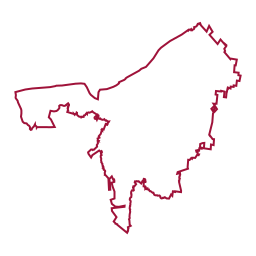 the district of Carmen, Campeche, Mexico
{"feature_id": "50627088B86783514296689", "entity_name": "Carmen", "entity_type": "district", "adm_level": 2, "iso_a3": "MEX", "parent_name": "Mexico", "parent_adm1": "Campeche", "projection": "equal_earth", "projection_center": [-91.727, 18.453], "detail": "fine", "context": "isolated", "style": "outline", "palette": "rose", "viewbox_px": 256, "rotation_deg": 0, "n_neighbors": 0, "source": "geoboundaries", "source_scale": "gbopen_adm2", "svg_char_len": 5865}
<svg xmlns="http://www.w3.org/2000/svg" viewBox="0 0 256 256"><path d="M236.8,59.6L230.8,58.6L230.4,59.2L224.4,52.1L225.1,51.0L224.3,48.8L226.3,46.1L226.4,45.2L224.9,43.9L224.8,44.5L220.5,39.5L217.6,44.0L209.5,34.8L212.6,31.8L209.1,25.9L206.6,31.6L201.0,25.4L200.2,23.4L199.6,23.8L199.6,23.2L197.8,23.8L196.8,25.9L196.4,26.4L194.1,27.2L194.4,28.0L194.2,28.6L193.8,29.2L193.0,29.4L192.2,30.3L191.2,30.3L191.0,29.2L190.3,29.7L189.3,29.6L188.4,30.5L188.2,30.0L181.7,34.6L170.1,41.0L161.0,47.7L158.5,50.3L153.4,58.4L146.0,66.9L141.3,68.8L139.1,70.7L127.1,77.3L125.7,78.3L125.4,79.0L124.2,79.9L119.2,82.1L118.9,82.3L118.9,83.3L119.0,82.6L119.1,83.0L118.7,83.6L116.4,85.3L113.4,86.8L106.9,89.1L100.0,89.7L98.5,92.2L97.9,99.3L94.8,98.1L90.8,94.8L89.6,93.2L86.8,87.2L84.5,83.8L81.0,83.4L75.6,83.7L62.1,85.5L56.3,85.7L55.4,86.1L50.2,87.1L32.3,88.5L25.3,89.5L15.4,92.1L15.9,95.1L15.6,97.5L15.8,98.3L17.6,100.7L18.0,102.4L21.1,109.1L21.4,110.5L21.4,113.6L21.0,116.7L22.7,121.7L24.3,123.1L26.6,123.4L27.9,125.0L29.2,125.8L30.0,127.2L29.9,129.0L30.8,129.9L31.6,129.6L32.4,127.8L33.8,126.6L35.0,124.3L35.1,125.3L36.6,126.6L36.7,127.5L36.9,127.2L41.2,127.1L50.9,127.2L54.7,127.0L50.9,119.4L48.8,117.3L50.5,110.8L54.0,111.4L56.4,111.0L57.5,110.3L59.0,108.6L59.4,107.9L59.2,105.9L60.2,105.1L61.8,105.1L63.8,105.9L64.8,105.9L68.1,103.3L69.0,104.6L69.0,105.2L68.5,106.2L67.8,106.3L68.2,107.4L68.1,107.8L67.8,107.7L67.6,108.2L68.1,110.3L67.8,110.4L67.3,112.0L73.7,113.9L73.7,113.7L74.7,114.8L75.4,113.8L76.5,113.8L76.7,112.6L77.0,112.8L76.9,114.0L77.3,115.2L79.2,116.7L81.1,116.8L81.3,117.4L81.7,117.2L81.8,117.7L82.1,116.7L83.6,116.9L83.9,115.5L85.1,115.2L86.0,113.7L86.7,113.7L86.8,113.4L87.1,113.8L87.2,113.1L88.3,112.4L89.4,112.7L91.7,111.8L92.2,111.3L93.1,112.2L96.8,114.5L97.5,114.4L97.7,114.6L97.8,115.4L98.5,115.6L98.4,117.2L98.6,118.1L98.4,118.5L97.4,118.5L97.2,118.8L97.1,118.5L97.4,118.4L96.9,117.8L97.0,117.3L96.5,116.6L95.8,116.2L94.7,117.2L94.5,117.8L94.8,118.7L96.7,119.2L96.9,119.7L97.3,118.7L98.3,118.6L98.5,118.4L99.8,118.9L100.3,118.5L101.2,119.4L102.5,119.8L103.8,119.6L104.3,119.2L105.5,120.6L106.3,120.4L106.5,120.8L106.9,120.8L108.2,121.6L109.0,121.5L108.8,121.9L108.2,122.0L107.9,123.1L107.3,123.6L107.5,124.4L107.0,125.1L106.7,125.2L107.0,124.9L106.6,124.7L106.4,123.8L105.8,123.8L103.6,129.7L102.7,129.5L102.1,129.0L101.5,129.7L102.0,131.0L101.6,130.9L100.7,134.0L98.8,136.1L98.7,136.6L99.0,137.5L100.3,137.3L97.6,138.5L98.0,140.4L98.6,140.7L98.2,141.0L98.4,141.3L97.7,141.2L97.9,143.4L96.8,145.1L97.1,146.6L93.9,149.7L93.1,149.6L92.7,150.0L92.0,149.5L91.1,149.5L88.1,152.3L88.2,152.9L88.6,154.0L91.1,157.5L92.4,155.1L99.2,150.5L100.6,151.7L101.4,151.8L101.2,151.4L101.5,151.1L101.8,151.4L101.8,152.6L100.9,153.2L101.1,154.3L101.6,155.0L100.8,155.6L100.7,156.5L100.8,157.5L101.2,158.3L101.1,160.8L101.5,161.9L101.3,162.3L102.4,163.8L102.3,164.8L102.9,165.7L102.7,166.2L103.5,167.0L103.5,167.4L102.9,168.0L103.2,168.2L103.4,168.9L103.8,169.0L103.8,169.8L104.9,170.5L105.2,171.1L104.7,173.0L105.0,174.3L104.8,174.9L105.8,175.4L108.4,178.3L109.0,189.8L110.3,189.7L109.9,183.1L109.3,179.1L111.8,176.4L113.4,180.0L114.0,179.5L114.3,180.1L114.3,181.9L111.6,182.7L112.8,187.1L114.5,191.6L114.5,192.5L114.5,198.5L110.7,199.8L111.9,203.9L115.3,206.6L118.9,206.8L124.6,205.7L124.5,206.8L111.7,208.2L112.0,211.0L116.5,217.1L113.7,221.5L115.5,223.3L115.5,223.7L117.2,224.2L117.2,224.7L127.1,232.8L128.0,231.0L127.7,230.8L128.4,228.6L128.1,228.4L127.9,227.2L130.7,225.8L129.7,224.6L129.4,220.4L129.0,219.2L129.6,218.5L129.7,217.7L129.5,216.9L129.7,214.2L130.2,211.9L129.9,209.4L130.1,209.2L129.7,208.6L129.8,206.8L130.2,206.1L130.0,205.6L130.4,204.8L130.3,203.5L130.7,201.8L130.5,200.7L129.8,199.8L129.8,199.0L130.3,197.7L131.2,197.2L131.3,196.5L131.5,194.8L131.4,194.0L131.1,193.8L131.2,193.3L131.1,192.1L131.9,190.4L132.7,190.3L133.4,190.6L133.8,190.3L133.5,188.3L133.0,187.8L133.0,187.3L133.4,186.3L134.1,186.6L136.1,184.2L134.7,182.3L135.1,181.3L136.0,181.6L136.8,181.1L138.3,181.6L138.7,181.3L141.2,183.5L142.5,181.0L143.1,180.9L143.1,180.4L143.5,180.0L143.7,179.2L144.1,179.4L144.5,179.3L144.5,179.0L144.9,179.1L145.4,180.1L145.2,180.8L145.6,181.8L145.5,182.0L143.8,181.9L143.6,186.3L145.1,186.4L145.1,186.9L145.5,187.1L145.2,187.6L145.6,187.8L145.4,188.2L145.6,188.5L145.3,188.5L145.3,188.9L145.7,188.6L146.5,189.1L147.3,188.6L147.3,188.9L147.7,188.9L148.0,189.5L148.9,189.5L149.1,190.3L149.9,191.2L150.5,191.1L152.7,192.8L153.4,192.7L154.2,194.7L154.8,195.1L156.1,195.4L157.0,195.2L157.7,195.7L159.5,195.5L160.3,196.4L160.3,197.2L160.7,197.9L161.4,198.4L162.2,198.3L162.8,197.8L163.7,198.0L164.2,197.4L164.8,197.2L166.5,198.4L169.0,198.6L171.1,194.5L172.3,195.8L172.9,191.3L174.5,191.4L174.5,191.9L175.1,192.0L175.2,191.3L181.0,192.1L181.1,190.8L179.0,181.7L179.3,181.1L179.0,180.3L179.5,179.8L179.6,179.1L179.4,178.4L179.7,178.2L179.3,177.6L179.3,176.9L179.7,176.5L179.6,176.0L180.2,174.8L180.0,173.2L177.2,173.8L177.7,172.1L188.0,168.7L187.6,167.3L188.2,159.8L189.6,160.0L191.3,158.0L192.1,158.8L192.8,157.7L195.2,157.9L197.1,154.9L198.6,155.2L199.0,154.4L197.5,154.1L197.7,152.1L196.5,151.9L196.1,150.5L198.2,150.0L198.4,150.5L199.1,150.6L199.3,148.4L201.8,148.7L202.0,147.8L200.0,147.4L200.2,144.0L202.5,143.1L204.3,142.9L203.9,148.3L210.7,149.3L211.0,144.5L213.6,145.1L214.0,139.2L212.6,139.1L209.7,135.2L209.6,135.4L209.2,134.8L212.3,122.3L213.0,113.4L213.8,112.4L211.4,108.8L214.0,106.2L215.1,108.0L213.8,109.4L215.0,111.3L217.0,109.1L213.5,103.7L215.4,103.9L215.6,103.6L216.5,103.7L217.4,94.9L215.6,94.5L216.0,91.0L221.0,91.5L221.1,90.8L224.5,91.6L223.9,97.1L226.1,97.4L226.6,92.1L226.8,92.1L227.6,88.5L227.9,88.6L227.9,88.3L227.6,88.3L227.8,87.5L230.5,88.5L230.7,86.6L233.6,86.9L233.7,85.4L236.3,85.8L236.9,80.6L239.5,81.0L240.6,75.6L238.4,75.2L238.6,72.7L234.1,72.2L234.6,65.3L235.7,65.4L236.8,59.6Z" fill="none" stroke="#9f1239" stroke-width="2"/></svg>